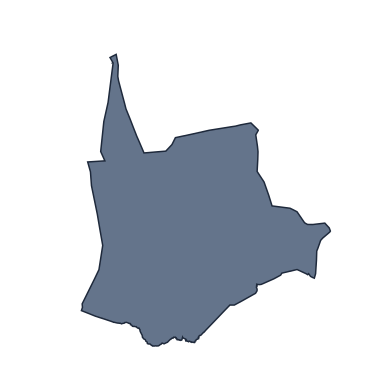 outline of Tubbergen, Overijssel, Netherlands, rotated 260°
{"feature_id": "6326949B58523414379719", "entity_name": "Tubbergen", "entity_type": "district", "adm_level": 2, "iso_a3": "NLD", "parent_name": "Netherlands", "parent_adm1": "Overijssel", "projection": "orthographic", "projection_center": [6.747, 52.404], "detail": "fine", "context": "isolated", "style": "filled", "palette": "slate", "viewbox_px": 384, "rotation_deg": 260, "n_neighbors": 0, "source": "geoboundaries", "source_scale": "gbopen_adm2", "svg_char_len": 5024}
<svg xmlns="http://www.w3.org/2000/svg" viewBox="0 0 384 384"><g transform="rotate(260 192 192)"><path d="M90.0,299.5L103.1,302.7L112.2,304.6L114.4,306.0L122.0,310.3L123.9,312.7L128.7,320.8L129.5,321.5L132.8,320.9L138.3,317.4L139.0,305.3L140.0,300.1L141.1,298.7L142.2,297.5L145.0,296.2L154.3,292.0L156.9,288.6L159.0,285.7L164.4,268.4L175.4,267.0L189.3,264.7L200.9,259.7L212.5,262.4L220.2,264.0L225.7,264.4L236.6,264.7L237.2,264.7L241.1,267.9L241.4,268.0L243.7,266.4L249.8,262.0L249.7,251.5L249.3,246.2L249.4,243.4L249.5,237.1L249.8,219.6L249.0,202.2L248.8,197.2L248.7,195.0L248.7,193.8L248.4,185.1L242.2,180.5L238.3,175.3L236.8,173.3L237.0,171.1L237.8,162.5L238.4,155.6L238.8,151.5L243.1,150.5L251.2,148.6L256.9,147.2L259.0,146.8L265.4,145.5L274.6,143.7L285.3,141.4L290.7,141.0L305.8,139.7L314.2,139.0L318.7,139.0L329.6,141.4L340.7,141.2L338.7,134.6L333.4,136.5L333.2,136.3L333.2,136.5L332.7,136.7L294.8,124.9L276.7,117.4L247.7,109.1L237.8,111.6L239.7,94.5L229.5,95.5L215.7,94.1L186.7,94.9L171.9,94.8L162.9,94.8L154.9,94.8L131.7,86.9L123.3,80.9L100.9,64.4L97.4,64.1L94.4,62.5L91.2,67.7L86.3,75.6L82.0,83.8L80.1,87.3L78.7,89.9L78.1,90.9L78.0,91.2L77.3,92.1L77.3,92.3L77.3,92.5L77.1,93.0L76.5,94.4L76.1,95.3L75.8,96.2L75.6,96.9L75.6,97.2L75.3,97.7L75.3,98.4L75.2,98.6L74.4,99.7L74.4,99.8L74.5,100.1L74.6,101.1L74.6,102.5L75.1,103.0L75.0,103.7L75.0,103.9L75.1,104.3L75.1,104.5L75.0,104.9L74.9,105.1L74.7,105.4L74.5,105.7L74.4,106.0L74.0,106.6L73.7,106.9L73.6,107.1L73.3,108.1L73.2,108.4L73.1,108.5L72.3,108.5L72.0,108.4L71.8,108.7L71.6,109.2L71.4,109.4L71.3,109.5L71.0,109.6L70.5,109.8L70.1,110.1L69.9,110.5L69.9,110.8L69.8,111.0L69.7,111.3L69.7,111.9L69.4,112.4L69.2,112.8L69.1,113.0L69.1,113.7L68.7,113.9L68.2,114.2L67.7,114.6L67.6,114.8L67.1,115.4L67.3,116.0L67.2,116.2L65.5,116.7L65.3,116.8L65.2,116.9L64.6,116.7L64.3,116.7L63.7,116.8L62.5,117.1L62.0,117.3L61.2,117.5L60.1,117.9L59.5,118.0L59.1,118.1L58.9,118.1L58.3,118.0L58.1,118.1L57.4,118.0L57.1,118.2L56.8,118.4L56.6,118.6L56.0,118.8L55.7,119.0L55.4,119.4L55.2,119.7L55.1,119.9L54.7,120.3L54.0,120.5L53.2,120.6L52.9,120.9L52.1,121.7L51.7,121.8L50.7,121.7L50.4,121.8L50.2,122.3L50.0,122.7L49.8,123.0L49.7,123.5L49.7,124.0L49.4,124.5L49.2,124.6L48.9,124.8L48.6,125.0L48.1,125.4L48.1,125.6L48.0,125.8L47.8,126.0L47.5,126.2L47.3,126.4L47.2,126.4L47.2,126.5L47.3,126.7L47.3,126.8L47.1,127.1L46.9,127.6L46.9,127.8L46.9,128.1L46.8,128.5L46.9,129.2L46.7,129.8L46.7,130.0L46.5,130.3L46.4,130.8L46.4,131.0L46.4,131.3L46.4,131.6L46.4,131.8L46.3,132.2L46.5,132.5L46.5,132.9L46.7,133.3L47.0,133.7L47.3,134.2L47.3,134.4L47.3,134.5L47.5,135.2L47.7,135.4L48.4,136.3L48.0,137.0L47.8,137.4L47.4,138.0L47.4,138.4L47.4,138.6L47.6,139.0L48.0,140.4L48.3,141.8L48.7,142.3L50.2,144.4L50.5,144.8L50.7,145.2L50.6,145.5L51.4,146.6L51.4,146.9L51.6,147.2L51.5,147.5L51.5,147.8L51.4,147.9L51.7,148.2L52.0,148.4L52.1,148.5L51.8,148.8L51.9,149.2L52.0,149.6L52.0,149.9L52.0,150.2L51.9,150.4L51.8,150.6L51.6,150.7L51.2,150.7L51.1,150.8L51.0,151.1L50.7,151.0L50.4,150.9L50.1,151.2L49.9,151.4L49.8,151.5L49.7,151.8L49.3,151.6L49.2,151.6L49.1,151.9L49.1,152.0L49.1,152.3L48.9,152.5L49.0,152.6L48.8,153.0L48.9,153.3L48.8,153.6L48.6,153.7L48.4,153.9L48.3,154.0L48.2,154.1L48.2,154.3L48.1,154.5L47.9,154.7L47.9,154.8L48.1,155.1L48.1,155.3L47.9,155.8L48.1,156.3L49.1,156.8L50.6,157.5L50.2,157.6L49.9,158.0L49.6,158.2L49.4,158.5L49.2,158.7L49.0,159.0L48.7,159.3L48.6,159.5L48.4,159.9L48.3,160.2L48.2,160.3L47.9,160.3L47.6,160.5L47.6,160.4L47.5,160.2L47.3,160.2L47.2,160.3L47.0,160.2L46.9,160.0L46.6,160.1L46.4,160.1L46.5,160.7L46.4,160.8L46.1,161.1L45.9,161.2L45.8,161.5L45.5,162.2L45.4,162.3L45.3,162.5L45.2,162.6L45.4,162.8L45.6,163.3L45.3,164.0L45.0,164.3L44.8,164.3L44.6,164.5L44.5,165.4L44.4,165.4L44.2,165.4L43.9,165.8L44.0,166.1L44.0,166.3L43.9,167.1L43.7,167.3L43.6,167.5L43.4,167.8L43.4,168.1L43.3,168.3L43.3,168.5L43.5,168.7L43.8,168.7L43.9,168.8L44.0,168.9L44.3,168.9L44.8,169.4L44.8,169.9L45.3,170.1L45.7,170.5L45.9,170.7L46.0,170.8L46.0,171.0L46.1,171.8L46.2,172.1L46.4,172.6L46.4,172.9L47.0,172.8L47.3,172.8L47.4,173.0L47.5,173.1L47.8,173.0L48.1,173.2L48.1,173.3L47.8,173.6L48.2,173.7L48.3,173.7L48.7,173.8L48.9,173.9L49.0,174.1L49.3,174.4L49.4,174.6L49.4,174.9L49.3,175.0L49.3,175.5L49.5,175.9L49.7,176.3L49.8,176.4L50.2,176.9L51.2,178.2L51.5,178.7L51.8,179.0L51.7,179.2L52.2,180.0L52.3,180.1L53.4,181.4L60.7,191.4L67.7,200.9L74.1,209.7L73.3,214.0L73.7,215.2L76.3,223.0L78.0,227.8L79.6,232.4L79.9,233.2L81.2,237.0L81.4,237.1L83.0,238.6L84.1,239.1L85.1,239.2L86.0,239.1L86.5,238.9L87.0,239.0L87.1,238.9L87.3,238.9L87.8,239.6L88.0,239.7L88.7,239.4L88.8,239.4L88.8,239.5L88.8,239.8L89.4,239.8L89.9,239.8L89.8,240.0L89.1,242.1L89.1,242.7L89.0,243.7L89.0,244.1L89.6,246.7L90.8,251.5L92.2,257.2L92.3,257.6L94.7,264.8L96.5,266.4L97.4,282.0L91.5,290.5L91.3,290.7L90.9,291.1L90.5,291.6L91.0,292.2L91.2,292.5L91.3,292.6L91.0,292.8L90.6,293.0L90.1,293.2L89.8,293.4L89.4,293.6L88.8,293.8L88.5,294.0L88.3,294.1L86.9,295.9L85.9,297.5L90.0,299.5Z" fill="#64748b" stroke="#1e293b" stroke-width="1.5"/></g></svg>